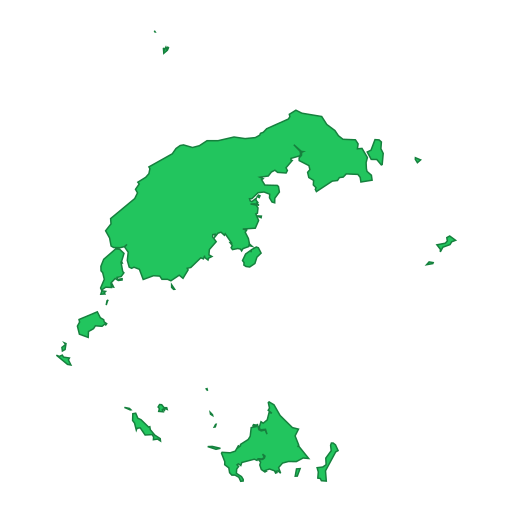 outline of Mornington, Queensland, Australia
{"feature_id": "25037944B95382354250521", "entity_name": "Mornington", "entity_type": "district", "adm_level": 2, "iso_a3": "AUS", "parent_name": "Australia", "parent_adm1": "Queensland", "projection": "mercator", "projection_center": [139.442, -16.684], "detail": "fine", "context": "isolated", "style": "filled", "palette": "green", "viewbox_px": 512, "rotation_deg": 0, "n_neighbors": 0, "source": "geoboundaries", "source_scale": "gbopen_adm2", "svg_char_len": 6121}
<svg xmlns="http://www.w3.org/2000/svg" viewBox="0 0 512 512"><path d="M127.0,244.4L124.6,246.9L128.2,252.2L127.3,260.4L129.2,267.1L131.6,268.3L134.0,267.2L139.4,269.3L143.2,279.5L153.5,275.7L159.8,276.1L161.9,279.3L167.6,279.3L170.9,280.8L179.2,275.2L183.0,278.3L188.1,269.9L187.2,268.3L190.8,267.5L200.8,257.8L203.4,258.9L204.7,255.6L204.5,257.3L208.0,260.0L208.5,258.2L211.9,256.5L208.9,254.8L209.4,249.5L216.2,241.7L212.6,236.9L212.8,234.6L215.1,234.2L214.8,237.1L217.9,233.2L221.0,232.2L224.4,235.3L225.2,233.8L231.5,242.8L230.1,242.7L232.3,245.6L231.1,247.7L232.5,249.6L237.8,248.5L240.5,249.1L241.6,250.9L243.0,248.6L248.6,246.6L249.4,243.6L248.4,238.5L245.2,232.2L246.6,230.2L242.8,229.0L255.3,228.2L258.6,220.5L255.8,213.9L257.4,213.2L258.0,207.9L256.0,205.0L250.5,204.0L254.8,203.8L258.9,205.4L256.8,202.9L257.8,202.4L255.9,200.0L256.3,198.2L251.9,201.6L250.1,200.8L249.5,198.7L251.8,198.7L258.1,192.7L264.0,192.0L269.7,194.2L269.5,197.8L272.0,202.0L274.7,202.8L274.8,198.3L279.4,192.0L278.5,186.6L277.3,185.4L264.9,185.1L261.6,179.7L263.1,178.7L259.9,177.2L268.3,176.0L271.4,172.0L274.9,170.2L277.6,172.4L286.1,173.0L287.4,170.5L286.0,167.8L292.2,160.5L291.0,160.1L291.0,158.4L299.5,155.9L300.6,154.5L300.1,151.3L293.8,144.7L301.4,151.4L303.3,151.6L301.6,152.4L301.5,155.3L299.1,157.9L299.2,160.6L308.9,165.6L309.9,169.6L307.6,172.3L308.8,177.5L313.6,180.4L313.3,184.9L316.0,187.7L315.3,189.4L316.4,191.6L332.3,181.1L337.5,180.5L339.4,177.6L343.2,177.1L346.3,173.9L357.9,174.4L360.2,177.4L360.9,182.0L372.1,180.2L371.4,175.2L367.0,171.4L366.4,168.6L366.1,162.6L367.4,157.5L362.0,148.4L357.4,148.8L358.1,143.9L355.4,139.8L343.0,139.3L338.4,135.7L334.9,130.5L326.8,124.5L321.7,116.5L301.9,113.2L295.9,110.2L289.3,114.3L289.9,116.6L288.4,119.0L266.7,128.7L263.3,132.3L260.5,133.3L259.7,135.2L255.3,137.6L245.1,138.6L234.0,137.0L218.0,140.7L207.0,140.7L199.4,145.7L192.5,147.5L183.5,144.9L180.2,145.5L176.0,148.5L172.3,153.8L148.9,166.9L149.9,168.7L148.9,173.7L145.7,177.3L137.8,182.2L139.2,184.0L135.5,189.3L137.5,192.9L134.7,198.6L110.6,218.6L111.0,223.9L105.6,230.8L109.6,238.0L111.1,246.0L113.6,247.5L120.1,247.7L124.5,246.6L127.0,244.4ZM264.4,470.8L269.5,469.0L274.5,470.8L275.6,473.1L277.6,472.3L275.8,472.5L275.8,471.4L278.0,470.9L280.6,473.2L278.6,467.6L282.5,463.1L288.4,461.5L296.3,461.6L303.1,458.0L308.7,458.5L298.7,446.1L297.5,446.7L298.8,445.3L295.1,435.9L298.5,429.1L292.4,427.6L280.1,415.5L274.0,404.8L269.1,401.9L268.3,402.6L269.5,408.1L268.2,410.3L271.9,413.2L269.1,412.5L267.2,419.9L263.2,423.2L261.0,421.7L259.3,427.1L260.1,429.8L265.5,429.3L267.0,434.2L265.1,430.0L261.2,430.9L258.9,429.7L257.3,423.9L257.4,425.3L253.5,424.6L253.0,425.7L256.8,426.5L251.2,427.6L250.2,436.3L248.2,439.5L240.5,444.4L240.5,445.8L238.1,447.6L238.7,445.2L235.3,451.1L230.2,452.8L222.1,452.3L221.5,453.2L224.8,461.7L224.7,464.7L228.8,467.9L229.6,472.7L231.8,475.1L235.0,475.1L238.9,477.3L240.7,481.3L243.2,481.0L243.2,479.4L241.5,476.6L236.4,473.3L236.7,469.0L238.6,466.5L237.0,464.8L238.4,463.8L240.8,465.5L241.8,462.5L254.3,459.2L257.0,460.4L258.1,458.7L262.1,458.9L264.3,457.5L262.6,454.1L265.0,456.1L264.4,458.1L262.7,459.4L258.6,459.8L260.6,462.1L259.8,465.0L261.3,469.5L264.9,472.0L266.0,471.4L264.4,470.8ZM121.1,262.5L122.2,262.9L121.6,261.3L124.0,253.4L119.7,249.3L115.7,248.9L103.7,259.3L100.9,266.3L101.0,270.8L102.7,272.7L104.3,279.3L100.6,288.0L101.5,290.1L105.7,287.2L111.5,287.5L111.0,283.0L115.1,278.5L118.3,280.5L122.1,280.0L122.1,278.7L117.5,279.4L117.0,277.4L121.1,276.6L123.9,272.8L122.7,271.5L121.1,262.5ZM100.3,317.7L97.3,311.8L79.0,319.5L79.6,322.1L77.4,326.1L79.4,334.2L88.2,337.4L88.5,331.5L93.5,328.7L95.4,325.8L102.0,326.3L105.1,323.9L105.8,324.9L106.7,323.7L104.2,321.9L103.7,319.7L100.3,317.7ZM376.8,159.5L381.3,164.9L382.2,164.5L383.2,153.4L380.9,148.7L381.4,142.0L379.1,139.9L375.0,139.6L371.0,150.2L367.2,152.0L371.2,159.4L376.8,159.5ZM321.4,480.7L326.3,481.1L325.5,470.8L335.7,451.9L338.1,450.6L335.5,444.9L333.1,443.0L331.4,443.0L330.6,445.3L331.2,450.7L325.8,458.1L326.1,464.7L322.8,467.0L317.1,467.7L318.3,471.9L317.8,478.1L320.3,478.5L321.4,480.7ZM148.6,427.1L141.0,419.7L137.8,418.2L135.7,413.2L132.8,413.7L132.6,420.5L134.5,423.0L136.3,430.1L137.0,428.3L140.2,427.8L145.1,435.0L152.1,434.6L153.6,436.9L153.4,439.7L157.6,439.1L160.5,441.0L160.2,438.6L154.8,435.1L150.3,429.7L149.8,426.7L148.6,427.1ZM250.9,250.2L245.6,254.0L242.5,260.6L244.0,262.5L243.9,265.1L246.0,266.5L249.7,267.0L254.9,263.5L256.9,257.2L261.1,253.1L258.4,247.8L256.3,247.0L251.5,249.7L251.0,252.2L250.9,250.2ZM447.3,241.0L445.3,243.2L436.9,244.8L440.4,249.3L440.3,251.9L442.9,247.2L450.0,244.6L451.7,241.8L455.6,240.3L449.7,236.0L446.8,237.6L447.3,241.0ZM63.5,357.1L62.3,355.1L59.3,356.4L56.4,355.2L67.5,364.4L70.9,365.0L68.4,359.9L69.4,358.0L63.5,357.1ZM158.7,411.4L163.2,411.8L162.3,409.6L163.3,409.0L164.5,410.3L164.9,408.5L167.2,409.4L166.7,407.7L164.0,407.6L161.7,404.7L159.6,404.5L158.1,407.0L159.4,408.6L158.7,411.4ZM65.1,349.5L66.0,343.6L64.4,342.9L65.6,344.5L61.9,347.4L62.4,351.0L65.1,349.5ZM295.2,476.2L297.3,476.1L300.1,468.6L296.5,468.9L295.2,476.2ZM220.4,448.3L212.3,446.4L207.7,446.6L216.0,449.3L220.4,448.3ZM105.6,291.4L101.9,290.8L100.8,294.2L104.9,294.0L104.2,292.8L105.6,291.4ZM167.0,50.0L165.9,47.1L164.5,49.7L163.4,47.9L163.8,53.3L167.4,50.2L168.5,47.7L167.3,46.8L168.0,48.0L167.0,50.0ZM426.6,264.7L432.8,263.6L433.2,262.6L429.1,261.9L426.6,264.7ZM417.4,162.7L420.6,159.9L415.4,157.7L415.3,159.3L417.4,162.7ZM171.6,287.4L173.6,289.4L174.7,289.3L171.6,284.7L171.6,287.4ZM124.4,407.4L130.2,409.9L130.9,409.8L129.4,408.4L124.4,407.4ZM258.5,195.1L257.3,196.6L259.2,197.6L260.0,195.8L258.5,195.1ZM210.2,412.3L210.5,414.2L212.7,415.6L212.5,414.7L210.2,412.3ZM261.4,216.1L257.8,215.9L257.5,216.2L261.1,217.7L261.4,216.1ZM249.8,245.8L252.1,246.3L250.3,244.7L249.8,245.8ZM111.8,283.4L113.0,287.0L113.6,287.1L111.8,283.4ZM106.2,305.1L107.5,301.0L108.2,299.9L107.0,300.8L106.2,305.1ZM206.2,388.9L207.6,390.7L207.0,388.6L206.2,388.9ZM214.2,427.1L215.3,426.9L216.1,424.3L215.6,424.4L214.2,427.1ZM155.2,32.0L154.3,30.7L155.0,32.0L155.2,32.0Z" fill="#22c55e" stroke="#15803d" stroke-width="1.5"/></svg>